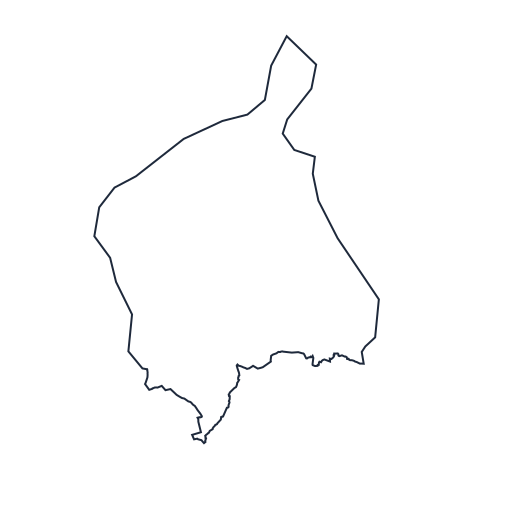 Nooken, Jalal-Abad, Kyrgyzstan, rotated 321°
{"feature_id": "92254566B99299845350349", "entity_name": "Nooken", "entity_type": "district", "adm_level": 2, "iso_a3": "KGZ", "parent_name": "Kyrgyzstan", "parent_adm1": "Jalal-Abad", "projection": "equal_earth", "projection_center": [72.38, 41.192], "detail": "fine", "context": "isolated", "style": "outline", "palette": "slate", "viewbox_px": 512, "rotation_deg": 321, "n_neighbors": 0, "source": "geoboundaries", "source_scale": "gbopen_adm2", "svg_char_len": 3148}
<svg xmlns="http://www.w3.org/2000/svg" viewBox="0 0 512 512"><g transform="rotate(321 256 256)"><path d="M418.2,104.5L414.9,105.9L387.6,117.6L361.1,140.3L338.3,140.7L314.8,129.9L273.5,119.5L220.3,118.6L212.9,118.5L189.1,113.8L164.8,119.5L142.8,138.9L141.5,165.6L130.9,188.1L122.9,223.4L96.8,249.8L97.0,271.9L99.4,274.7L100.1,275.4L99.8,275.8L99.9,276.0L99.5,276.6L98.4,278.4L97.7,279.1L97.0,280.1L96.0,281.2L95.1,282.1L90.4,285.1L89.2,285.7L89.0,289.5L88.8,292.8L91.7,293.9L92.3,293.7L92.9,294.1L94.4,294.4L95.8,295.4L96.7,296.3L101.0,297.6L101.1,300.1L101.2,302.4L101.2,303.3L105.8,305.6L106.0,307.1L106.6,311.4L106.9,313.9L108.0,317.0L109.1,319.8L110.6,321.7L111.9,326.4L112.4,327.1L113.0,327.9L113.4,329.2L113.4,330.7L113.5,332.1L114.1,334.0L113.9,336.6L113.6,339.1L113.5,343.6L113.1,346.4L112.6,346.5L112.4,346.8L112.0,346.7L110.7,346.1L110.6,345.7L108.8,344.9L108.4,346.6L106.9,348.5L102.3,358.3L93.8,354.8L92.5,359.5L95.4,361.0L95.6,361.9L97.7,364.8L97.7,366.4L97.8,368.7L99.4,368.7L99.4,368.4L100.2,368.0L100.3,367.6L102.4,366.3L102.2,365.5L102.9,365.1L103.3,363.8L104.8,363.6L106.5,363.7L107.0,363.5L108.2,363.7L110.0,362.8L113.3,363.3L113.9,362.7L115.4,362.2L116.9,362.1L118.2,361.6L118.9,362.0L119.6,362.0L119.8,362.1L120.8,361.7L125.7,361.0L127.5,359.3L127.9,359.7L128.7,359.5L129.4,360.0L137.9,355.6L138.7,356.1L139.5,356.1L140.0,355.7L140.6,354.8L142.1,353.8L143.1,353.3L143.5,352.7L143.6,351.7L145.3,350.8L147.4,348.4L146.9,347.8L147.7,346.4L148.7,346.3L149.7,345.6L156.1,345.0L157.9,345.3L159.3,344.6L160.5,343.8L161.5,342.8L162.6,342.5L164.8,341.7L164.5,341.0L164.6,340.5L165.8,339.1L166.4,339.0L167.0,338.3L167.9,338.3L169.1,336.4L169.6,335.3L169.7,334.8L171.0,331.4L171.9,329.3L172.2,328.9L172.9,328.8L173.3,328.7L173.5,330.4L174.5,331.6L175.5,333.3L176.1,334.6L177.4,336.6L177.7,337.7L178.2,338.2L179.2,338.6L179.9,339.0L180.7,339.1L183.1,339.4L184.6,339.5L186.5,344.6L189.5,346.0L191.3,346.7L201.1,347.4L201.8,346.2L205.0,343.1L207.3,343.3L210.6,344.5L212.9,344.6L213.3,344.8L213.6,345.2L213.8,345.4L214.2,345.7L214.4,345.8L214.5,345.9L215.2,346.0L215.4,346.1L215.7,346.3L216.5,346.8L217.0,347.5L223.0,353.6L228.3,357.3L230.7,360.7L231.5,361.6L231.6,362.6L230.6,367.1L231.1,367.7L232.7,367.8L234.0,368.5L235.1,368.6L235.0,369.3L235.7,369.7L237.1,369.3L236.4,371.3L232.0,375.5L231.6,376.0L231.4,376.5L232.5,378.5L232.9,378.9L234.7,380.1L235.4,379.5L236.2,380.1L237.9,378.4L238.8,378.1L239.7,379.5L241.2,378.9L242.3,378.9L244.0,379.4L247.1,384.6L248.8,382.2L249.7,383.5L252.3,383.4L253.4,383.0L254.2,382.5L254.7,381.9L254.4,381.6L254.9,381.4L255.4,381.0L256.0,381.6L256.7,382.1L258.2,383.2L258.2,383.5L258.2,383.8L258.2,384.3L257.7,384.8L257.5,385.0L257.4,385.6L257.8,386.3L260.3,387.3L261.7,390.1L262.4,390.5L262.6,391.3L262.8,391.9L262.0,393.4L262.3,393.7L263.1,393.9L263.3,394.2L263.1,395.2L263.5,396.1L264.9,397.3L265.7,398.4L266.3,399.4L266.4,400.1L267.6,401.9L269.0,405.0L270.4,406.1L271.9,407.5L277.8,397.1L284.0,395.1L297.4,394.2L324.2,367.0L330.6,293.6L339.3,252.3L351.9,227.8L364.2,215.9L352.5,197.7L353.8,177.7L366.2,169.5L404.4,160.8L423.2,145.1L418.2,104.5Z" fill="none" stroke="#1e293b" stroke-width="2"/></g></svg>